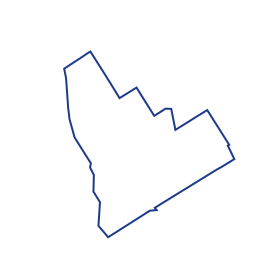 outline of Walker, Georgia, United States of America, rotated 328°
{"feature_id": "52423323B41524528635108", "entity_name": "Walker", "entity_type": "district", "adm_level": 2, "iso_a3": "USA", "parent_name": "United States of America", "parent_adm1": "Georgia", "projection": "equal_earth", "projection_center": [-85.284, 34.784], "detail": "fine", "context": "isolated", "style": "outline", "palette": "blue", "viewbox_px": 256, "rotation_deg": 328, "n_neighbors": 0, "source": "geoboundaries", "source_scale": "gbopen_adm2", "svg_char_len": 632}
<svg xmlns="http://www.w3.org/2000/svg" viewBox="0 0 256 256"><g transform="rotate(328 128 128)"><path d="M174.8,134.7L170.1,131.5L156.7,131.6L156.6,98.2L136.7,98.2L136.8,78.6L136.8,67.5L136.6,43.2L133.2,43.2L132.7,43.2L127.3,43.4L125.1,43.5L123.8,43.5L122.9,43.5L116.9,43.6L105.3,43.9L101.9,52.9L88.0,79.1L83.1,89.5L77.7,107.7L77.8,138.2L74.9,141.4L74.1,149.8L65.0,163.6L64.9,176.1L51.1,195.3L53.3,210.1L102.7,209.7L108.8,212.8L108.5,209.9L118.3,209.9L181.2,210.3L186.7,210.6L198.9,210.7L201.7,210.7L203.3,195.9L204.9,195.9L204.7,154.8L192.3,154.7L167.2,154.7L174.8,134.7Z" fill="none" stroke="#1e3a8a" stroke-width="2"/></g></svg>